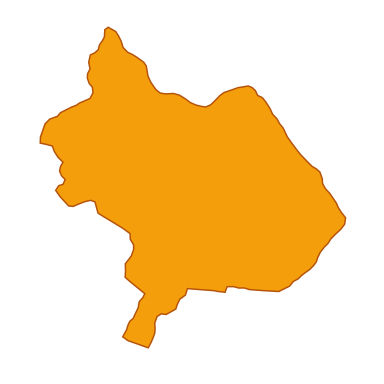 Jitaúna, Bahia, Brazil (Mercator projection), rotated 184°
{"feature_id": "56859067B22385713067819", "entity_name": "Jitaúna", "entity_type": "district", "adm_level": 2, "iso_a3": "BRA", "parent_name": "Brazil", "parent_adm1": "Bahia", "projection": "mercator", "projection_center": [-39.857, -13.954], "detail": "fine", "context": "isolated", "style": "filled", "palette": "amber", "viewbox_px": 384, "rotation_deg": 184, "n_neighbors": 0, "source": "geoboundaries", "source_scale": "gbopen_adm2", "svg_char_len": 2155}
<svg xmlns="http://www.w3.org/2000/svg" viewBox="0 0 384 384"><g transform="rotate(184 192 192)"><path d="M290.3,347.8L290.2,340.6L291.9,336.7L294.5,332.5L295.4,327.5L298.6,324.1L303.0,321.6L304.1,314.2L302.3,307.6L304.4,302.8L304.4,298.4L302.1,293.0L298.7,289.6L297.7,284.0L300.3,278.2L305.7,275.3L310.3,273.0L313.5,270.4L318.1,268.3L324.9,264.2L328.8,261.9L331.5,258.1L338.9,254.9L343.3,249.8L347.0,236.3L346.8,230.2L339.8,229.2L334.5,228.1L332.2,222.9L328.0,217.2L322.8,212.8L324.9,208.3L325.6,203.7L323.3,199.1L319.4,195.6L321.2,190.7L325.4,189.0L328.1,184.1L323.1,178.0L319.4,174.5L314.0,169.5L309.6,169.3L303.4,172.5L298.2,174.9L292.5,176.6L288.1,175.4L284.3,164.4L279.3,161.7L258.5,151.0L250.8,146.1L250.3,140.6L246.6,135.3L246.2,130.8L247.9,124.4L250.5,120.2L253.5,115.8L252.8,108.4L252.8,102.3L247.6,98.3L232.0,87.3L233.6,83.3L237.0,78.9L237.6,72.7L239.9,67.1L241.8,61.9L245.1,58.6L246.7,54.3L247.6,50.1L251.0,42.7L245.6,39.3L224.8,33.5L222.4,38.9L220.5,44.3L219.3,48.6L219.3,53.0L220.0,58.8L218.1,65.4L214.1,68.3L209.3,68.0L204.2,71.3L200.0,74.1L198.8,78.9L196.7,84.2L191.4,88.7L189.8,95.3L163.4,95.1L159.1,94.6L152.0,94.3L150.4,100.0L143.8,100.5L138.8,99.5L133.1,99.9L128.0,98.7L113.9,98.6L98.5,98.8L88.1,104.9L84.7,109.8L80.0,112.8L77.2,116.0L73.6,119.3L69.4,122.7L65.7,126.9L63.1,131.0L62.1,135.2L59.8,140.9L56.0,146.5L52.9,150.0L50.3,154.8L46.6,159.2L40.9,165.3L37.5,170.5L37.0,177.0L41.8,182.3L45.0,186.7L47.3,191.1L50.5,195.2L54.4,200.1L59.3,204.8L62.4,209.7L63.0,214.4L65.8,220.8L69.7,223.8L74.0,225.9L79.7,230.9L86.4,237.0L90.2,241.1L96.8,248.8L100.8,253.7L105.5,262.1L109.4,266.3L112.3,270.8L117.1,275.3L119.8,280.4L124.6,286.9L128.5,291.1L133.3,292.9L135.8,297.5L139.0,300.2L143.3,301.7L148.1,300.5L153.4,299.3L159.3,296.7L167.1,293.4L170.7,290.3L174.4,285.9L179.4,280.3L184.4,277.7L189.4,278.2L194.4,279.1L200.1,281.2L205.1,284.5L211.5,287.8L217.5,289.0L225.2,288.0L230.7,288.5L235.2,291.7L238.4,295.6L241.0,299.0L244.0,304.5L245.0,308.7L246.4,314.5L249.2,318.1L256.0,322.3L261.0,325.0L266.1,327.0L270.9,331.5L273.1,337.3L275.9,342.1L279.3,346.8L287.1,350.5L290.3,347.8Z" fill="#f59e0b" stroke="#b45309" stroke-width="1.5"/></g></svg>